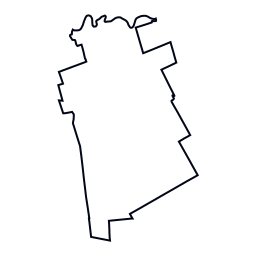 the district of Platonesti, Ialomita, Romania
{"feature_id": "2599482B5034818098207", "entity_name": "Platonesti", "entity_type": "district", "adm_level": 2, "iso_a3": "ROU", "parent_name": "Romania", "parent_adm1": "Ialomita", "projection": "mercator", "projection_center": [27.7, 44.591], "detail": "fine", "context": "isolated", "style": "outline", "palette": "ink", "viewbox_px": 256, "rotation_deg": 0, "n_neighbors": 0, "source": "geoboundaries", "source_scale": "gbopen_adm2", "svg_char_len": 2931}
<svg xmlns="http://www.w3.org/2000/svg" viewBox="0 0 256 256"><path d="M93.6,237.4L110.0,240.6L109.7,238.0L109.6,236.1L109.4,232.1L109.4,229.9L109.2,226.8L109.2,225.1L108.9,220.8L132.4,218.5L132.5,218.5L132.1,217.8L131.7,217.2L130.6,215.1L130.0,214.2L129.9,213.9L134.0,211.6L147.1,204.1L164.5,194.1L186.3,181.6L197.7,175.2L187.9,157.6L178.9,141.6L181.8,139.9L183.0,139.2L184.2,138.4L184.6,138.2L185.1,137.9L187.6,136.6L189.3,135.6L190.2,135.1L185.7,126.9L181.1,118.6L177.7,112.4L173.7,105.5L171.9,102.3L171.7,102.0L171.7,101.9L171.5,100.8L171.7,100.5L172.0,100.4L172.3,100.2L172.8,100.0L173.0,99.8L173.2,99.6L173.4,99.4L173.6,99.1L173.8,98.8L173.9,98.6L173.3,97.4L173.0,96.8L172.6,96.1L172.5,95.9L172.5,95.6L172.5,95.4L172.7,95.2L173.0,95.2L173.1,95.3L173.5,95.6L173.8,95.9L174.0,96.1L174.3,96.0L174.4,95.9L174.4,95.7L170.3,87.6L161.4,69.7L167.4,66.9L167.5,66.9L168.9,66.2L176.3,62.6L174.5,56.4L173.8,53.7L171.2,44.7L170.6,42.4L170.5,42.1L162.5,45.4L150.5,50.3L143.2,53.2L140.3,43.4L135.7,27.6L145.3,24.6L151.7,22.5L151.9,22.2L151.8,21.4L151.8,21.2L152.2,21.0L152.8,21.0L153.5,21.1L155.2,21.1L156.1,20.8L156.1,20.6L156.0,19.6L155.9,19.0L155.8,18.7L155.7,18.8L155.3,18.9L155.2,19.0L154.2,19.0L153.6,19.0L151.7,18.6L150.0,17.9L149.1,17.4L147.8,16.6L146.4,16.0L145.2,15.8L143.8,15.8L142.7,15.9L140.8,16.2L139.0,17.0L137.8,17.5L136.5,18.4L135.6,19.6L133.9,25.1L133.1,26.7L132.2,27.5L131.2,27.8L130.4,27.6L129.8,27.0L128.4,24.8L128.0,23.6L127.6,22.6L126.3,20.9L125.0,20.0L123.3,19.1L122.4,18.7L121.6,18.1L120.1,17.3L118.9,17.3L117.8,17.4L117.1,17.5L115.3,18.2L111.2,21.1L110.3,21.4L108.9,21.5L107.2,21.6L105.4,21.9L105.0,21.7L104.7,21.4L104.7,20.8L104.7,20.1L104.9,19.4L105.3,18.5L105.6,17.8L105.8,16.9L105.7,16.4L105.5,16.1L105.1,15.7L104.6,15.6L102.8,16.4L101.6,16.8L99.9,18.5L99.0,19.2L98.0,19.7L96.8,20.4L96.2,21.3L96.5,23.0L96.9,24.2L96.6,25.4L95.9,26.3L94.9,26.6L93.7,26.6L92.6,25.3L92.3,22.9L92.2,19.8L92.1,18.7L91.6,17.7L90.7,16.2L89.0,15.4L87.7,15.5L86.6,16.0L85.6,17.4L83.9,21.6L82.8,25.2L81.1,28.5L80.5,29.2L79.4,30.0L78.4,30.3L76.9,30.4L74.3,30.4L72.8,29.6L72.0,31.7L71.9,32.3L71.9,34.1L71.7,34.5L70.8,34.6L70.1,35.0L70.0,35.3L70.1,36.3L70.5,36.9L72.1,39.5L72.3,39.8L73.0,39.9L74.4,40.0L74.8,40.0L75.3,40.6L76.2,44.2L77.0,45.5L77.4,45.9L77.8,46.0L78.7,45.5L79.5,45.3L79.9,45.1L80.5,44.9L81.3,44.7L81.5,44.7L81.5,44.8L81.8,45.7L82.1,46.6L83.6,52.2L84.1,54.6L85.1,58.8L85.6,59.2L85.8,59.8L85.8,60.2L86.0,60.8L86.3,61.6L85.2,62.1L62.6,70.5L60.3,71.4L59.5,71.7L58.9,71.9L59.8,74.5L61.0,77.8L63.0,83.7L58.3,85.1L60.4,92.9L62.5,100.7L58.9,100.4L63.2,113.3L65.2,113.2L67.6,112.8L72.1,111.9L73.1,113.4L73.8,114.4L73.8,116.1L73.6,119.7L73.2,121.2L73.1,122.3L73.0,122.7L72.9,123.1L73.0,123.5L75.8,132.6L80.1,146.3L80.1,146.5L80.5,149.6L81.5,157.4L82.8,168.7L83.3,173.2L84.0,179.6L84.8,186.1L86.1,197.2L87.3,204.8L89.3,218.3L88.9,218.4L89.4,222.1L91.1,236.9L92.0,237.1L93.6,237.4Z" fill="none" stroke="#020617" stroke-width="2"/></svg>